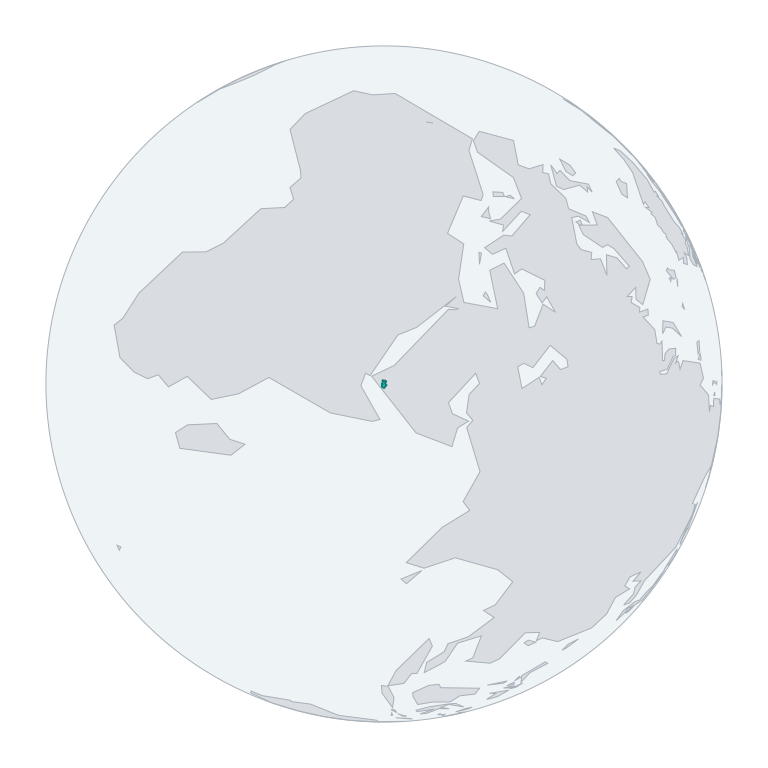 Al Bayda' on an orthographic globe, rotated 75°
{"feature_id": "YEM-333", "entity_name": "Al Bayda'", "entity_type": "Governorate", "adm_level": 1, "iso_a3": "YEM", "parent_name": "Yemen", "parent_adm1": "", "projection": "orthographic", "projection_center": [45.347, 14.319], "detail": "fine", "context": "on_globe", "style": "filled", "palette": "teal", "viewbox_px": 768, "rotation_deg": 75, "n_neighbors": 0, "source": "natural_earth", "source_scale": "10m", "svg_char_len": 10081}
<svg xmlns="http://www.w3.org/2000/svg" viewBox="0 0 768 768"><g transform="rotate(75 384 384)"><circle cx="384" cy="384" r="338" fill="#eef3f6" stroke="#a8b0b8"/><path d="M315.4,53.1L314.9,53.2L311.0,54.1L315.4,53.1ZM293.2,58.5L296.1,57.7L285.3,60.9L278.7,62.9L279.0,62.8L293.2,58.5ZM247.6,74.8L235.7,80.4L225.6,85.5L220.1,88.5L226.8,85.4L205.0,97.8L185.7,112.0L180.5,115.7L175.6,118.1L178.5,115.8L200.4,100.3L223.5,86.6L247.6,74.8ZM162.3,129.0L162.4,128.9L157.1,133.6L162.3,129.0ZM46.3,396.7L47.6,407.2L52.1,428.8L54.8,448.9L56.6,466.5L63.7,491.6L56.8,468.4L51.6,444.8L48.1,420.9L46.3,396.7ZM460.9,55.0L459.9,54.8L457.9,54.3L460.9,55.0ZM330.0,50.4L326.8,51.0L325.1,51.3L321.1,52.0L330.0,50.4ZM322.1,51.8L324.4,51.6L318.6,52.8L316.4,52.9L322.1,51.8ZM299.0,58.2L302.3,57.0L307.4,55.9L299.0,58.2ZM325.7,51.5L327.7,51.1L330.1,50.7L330.4,50.9L325.7,51.5ZM352.4,47.6L350.4,47.8L358.9,47.0L358.0,47.2L347.4,48.1L351.6,47.8L351.3,47.9L343.0,48.7L352.3,47.6L352.4,47.6ZM337.9,50.1L324.1,52.3L316.9,54.4L312.2,55.3L324.6,51.8L337.9,50.1ZM341.6,49.1L338.2,49.8L334.0,50.2L333.7,50.0L341.6,49.1ZM361.1,47.2L365.3,46.6L367.4,46.5L361.1,47.2ZM336.6,50.6L339.9,50.1L336.6,50.7L336.6,50.6ZM354.5,48.0L355.7,47.6L358.1,47.5L354.5,48.0ZM345.6,49.7L341.2,50.2L340.9,49.9L345.6,49.7ZM350.4,48.8L353.4,48.7L343.4,49.5L350.5,48.6L350.4,48.8ZM356.6,47.9L358.4,47.7L355.8,48.1L356.6,47.9ZM349.5,51.0L336.9,52.1L336.2,51.2L348.5,50.1L349.5,51.0ZM567.4,100.2L557.4,94.0L520.1,74.7L534.9,81.7L530.1,79.5L534.5,81.9L545.0,87.5L547.2,88.5L556.6,98.1L579.1,116.9L581.1,114.6L589.8,119.8L617.1,144.4L641.4,183.3L653.2,194.8L658.9,203.3L659.5,209.7L651.3,197.3L645.3,194.1L640.6,186.7L638.9,194.5L632.0,184.4L634.0,196.3L641.3,203.7L645.4,199.8L650.1,215.7L663.7,228.5L673.3,246.5L677.8,282.9L670.2,296.9L671.4,303.2L664.2,297.9L660.9,312.0L679.4,343.6L681.1,353.9L672.8,376.6L671.5,369.1L652.4,355.0L653.4,380.1L668.0,397.0L673.2,419.8L664.0,414.9L658.2,395.1L651.4,389.4L650.0,367.9L638.1,338.1L628.5,346.4L626.2,333.8L608.4,310.8L592.9,322.1L570.3,360.2L572.3,392.9L562.3,408.7L537.4,364.6L528.3,333.9L518.1,338.0L493.5,313.9L447.5,315.4L442.1,307.6L433.2,311.8L416.1,304.4L408.3,291.6L397.4,292.7L418.7,326.6L430.4,325.6L441.8,311.9L445.4,324.2L462.1,334.6L439.6,365.7L373.3,393.9L368.8,369.4L328.6,302.5L330.9,295.1L330.8,294.3L330.4,292.8L324.7,304.6L318.4,291.7L337.8,338.0L340.2,357.9L372.3,395.3L368.8,399.1L379.7,406.8L417.2,397.1L417.0,405.3L398.1,443.2L347.9,493.5L355.8,527.0L354.2,554.8L325.7,572.1L331.0,593.0L316.7,599.6L317.7,611.0L307.7,622.3L290.1,632.2L257.2,629.4L252.9,619.2L233.0,597.5L204.4,544.5L210.3,521.8L206.4,502.7L182.8,457.5L187.8,434.3L182.1,423.4L169.9,424.0L163.5,410.9L156.4,409.4L113.8,408.9L102.4,390.0L92.9,337.5L101.8,320.1L106.3,298.0L170.1,235.1L180.3,241.5L226.7,239.2L231.9,242.7L222.9,258.8L254.9,283.7L269.4,270.7L301.9,284.8L325.9,285.7L340.7,254.7L301.6,252.4L298.3,236.8L332.5,225.6L367.3,229.3L367.1,223.5L348.1,209.7L359.1,199.9L341.9,204.2L346.6,210.3L336.0,213.6L331.0,208.4L335.1,204.8L325.5,201.8L308.5,221.1L311.5,229.4L284.4,231.2L286.8,245.6L278.4,251.6L271.2,229.8L274.2,222.3L258.3,198.9L252.7,206.7L267.3,229.8L261.4,227.5L253.9,240.0L254.9,228.8L240.4,203.1L218.0,205.6L184.2,233.7L172.2,234.6L164.6,226.6L182.3,195.9L207.1,197.6L213.7,188.3L213.2,173.6L220.8,175.9L223.7,170.6L233.5,171.2L251.8,160.3L262.5,160.3L274.1,145.4L281.1,143.8L272.2,152.7L271.8,159.6L298.8,161.5L305.3,158.7L310.7,149.3L317.4,151.7L319.1,142.5L336.8,140.5L316.7,135.7L322.5,126.3L335.5,120.0L333.8,116.5L312.6,126.9L307.3,132.0L308.6,137.5L291.3,152.8L281.1,154.7L285.6,136.8L271.5,138.1L281.2,124.9L332.6,102.6L351.8,99.8L374.3,113.5L367.3,118.6L355.8,115.8L362.4,126.5L363.8,121.7L369.4,124.2L376.3,117.1L380.7,118.6L379.9,109.7L386.0,110.9L386.3,116.4L401.7,108.4L415.5,109.8L416.9,107.4L414.5,104.4L433.6,108.9L433.8,107.0L427.6,104.7L424.0,99.7L425.0,93.0L431.6,94.9L432.1,97.5L443.0,106.6L443.4,114.3L446.1,114.5L447.4,108.4L434.1,97.1L432.8,92.7L440.2,97.3L437.4,95.2L438.9,93.7L446.4,94.2L438.8,89.1L445.7,73.3L461.0,73.9L466.8,78.9L478.6,73.4L494.9,76.8L489.2,74.3L491.0,71.4L485.9,70.2L483.2,68.9L485.5,63.7L491.0,64.8L485.5,61.9L482.6,60.9L478.1,59.8L472.2,57.8L497.2,65.6L521.4,75.3L544.9,86.8L567.4,100.2ZM144.5,269.1L141.8,275.5L144.5,269.1ZM402.0,250.4L424.1,251.9L417.7,232.4L425.6,231.7L420.5,225.7L417.1,231.0L405.1,215.0L415.8,209.7L414.9,201.7L407.4,201.0L389.6,213.5L406.7,235.9L400.1,243.8L402.0,250.4ZM163.0,129.9L154.6,137.5L160.0,132.3L157.1,134.3L164.9,126.8L178.3,117.2L170.8,122.5L163.0,129.9ZM229.9,144.2L231.7,147.8L225.7,153.3L212.2,156.0L220.8,147.7L229.9,144.2ZM235.7,151.9L243.9,134.8L252.6,133.3L246.3,136.9L251.2,137.6L242.5,143.6L242.7,160.0L237.5,166.2L215.5,166.2L225.6,162.4L223.2,158.7L235.7,151.9ZM249.5,102.7L253.2,97.8L267.3,100.6L262.2,105.1L248.5,107.3L246.3,103.5L249.5,102.7ZM272.4,65.3L272.9,65.0L275.4,64.1L277.1,63.8L272.4,65.3ZM263.1,68.5L261.6,69.2L268.8,66.8L273.3,65.3L289.3,60.0L302.5,56.1L311.8,54.0L314.8,53.6L313.1,54.2L307.6,55.2L309.1,55.4L299.9,57.3L300.1,57.7L272.9,66.7L272.1,66.5L257.2,73.2L249.2,75.6L259.1,70.9L241.8,78.4L247.6,75.2L236.1,80.7L259.1,70.1L261.9,68.9L263.1,68.5ZM344.9,63.5L339.3,62.1L340.8,67.1L331.6,67.3L332.3,67.9L324.2,69.7L315.7,73.3L312.0,73.0L310.3,74.6L304.9,76.2L301.3,78.5L293.4,79.0L288.4,82.0L287.5,80.6L280.9,85.8L282.3,82.3L275.5,84.8L277.7,86.9L244.1,89.1L229.0,94.3L215.6,101.1L219.8,95.5L235.0,86.1L254.7,76.9L268.7,73.4L268.1,72.0L274.6,70.1L272.4,72.0L279.7,68.1L284.4,67.2L302.0,61.9L309.6,58.1L316.2,56.5L315.6,57.6L322.6,55.4L326.0,56.6L330.8,55.7L338.9,56.6L335.0,60.1L340.7,58.9L347.1,60.1L344.9,63.5ZM351.5,51.2L348.9,54.2L342.6,56.1L331.1,54.0L326.2,54.6L318.6,54.3L327.9,51.9L329.3,52.1L332.7,51.8L328.4,52.6L334.4,51.7L336.5,52.2L341.7,51.8L339.4,52.7L351.5,51.2ZM240.1,237.1L244.5,238.3L252.0,238.3L247.4,246.6L240.1,237.1ZM229.7,219.7L234.1,219.1L231.2,229.8L226.6,229.0L229.7,219.7ZM238.9,210.1L234.5,218.2L234.2,213.4L238.9,210.1ZM276.5,152.0L281.4,151.3L281.0,153.5L277.2,156.7L276.5,152.0ZM347.5,82.0L345.3,80.0L347.4,79.3L349.3,74.2L356.3,74.2L357.9,77.3L347.5,82.0ZM332.7,259.8L324.4,265.4L321.4,262.3L324.8,260.9L332.7,259.8ZM282.8,256.0L293.1,260.8L281.4,258.2L282.8,256.0ZM355.5,81.1L355.4,78.9L359.0,80.4L355.5,81.1ZM361.5,74.0L366.0,75.2L357.3,73.7L361.5,74.0ZM473.4,680.3L476.1,682.8L470.7,683.5L473.4,680.3ZM413.2,550.3L393.3,597.8L377.0,598.0L372.6,584.4L378.9,555.7L397.5,547.3L406.2,533.9L413.2,550.3ZM703.7,461.6L706.1,461.4L705.8,463.0L703.7,461.6ZM701.4,458.1L704.7,456.6L700.3,461.7L701.4,458.1ZM705.9,456.1L709.2,451.2L710.7,447.9L710.0,451.3L705.9,456.1ZM698.9,459.5L682.1,465.9L674.6,464.5L677.1,458.3L689.3,455.4L698.9,459.5ZM676.5,458.4L664.0,446.6L641.5,406.3L649.7,405.1L672.1,427.1L670.8,432.2L678.4,442.3L676.5,458.4ZM703.8,419.4L702.3,434.3L693.8,436.8L689.6,436.2L686.7,418.8L688.3,408.7L692.1,407.6L702.6,370.4L707.1,376.3L704.8,391.4L708.2,402.4L703.8,419.4ZM574.0,395.8L582.7,414.0L576.8,418.0L574.0,395.8ZM703.9,346.2L701.6,362.1L702.7,341.8L703.9,346.2ZM702.7,327.9L704.4,334.7L701.4,328.8L702.7,327.9ZM674.1,312.6L670.3,315.7L668.8,310.9L672.7,304.2L674.1,312.6ZM680.6,262.2L686.1,276.0L687.3,281.0L682.9,273.3L680.6,262.2ZM415.2,84.3L404.8,90.8L401.9,96.9L407.6,101.9L395.1,98.2L399.5,88.8L415.2,84.3ZM441.3,74.1L436.2,70.7L441.3,71.1L443.1,71.9L441.3,74.1ZM436.2,72.8L424.7,71.0L423.7,68.5L433.0,70.3L436.2,72.8ZM389.9,74.3L386.3,76.0L383.5,74.6L389.9,74.3ZM662.8,575.0L648.0,592.5L646.1,592.0L653.5,582.2L665.3,556.3L666.6,556.1L674.3,537.6L692.1,514.0L706.9,478.1L708.8,476.6L715.1,451.5L715.1,451.4L708.7,477.7L700.2,503.3L689.6,528.2L677.1,552.1L662.8,575.0ZM709.4,459.1L713.8,445.5L715.0,443.3L709.4,459.1ZM720.8,411.0L720.8,410.9L720.9,405.0L721.5,399.1L720.7,396.4L721.8,390.4L721.7,397.3L720.8,411.0ZM717.8,414.0L717.5,417.9L716.9,415.7L717.8,414.0ZM718.8,410.7L720.1,412.6L718.5,414.2L718.8,410.7ZM710.2,404.5L711.2,412.8L714.5,404.9L711.9,414.9L713.2,428.3L712.0,434.5L711.0,419.7L709.0,437.0L707.4,437.6L707.5,423.8L709.6,405.5L711.1,397.4L716.6,390.5L710.2,404.5ZM719.2,399.7L718.6,389.8L718.9,382.4L719.6,387.2L719.2,399.7ZM715.3,366.5L711.8,356.2L710.1,362.3L712.0,342.7L715.3,355.7L715.3,366.5ZM710.0,341.8L708.6,347.2L709.1,336.2L710.0,341.8ZM707.4,343.6L705.6,335.6L707.5,335.6L707.4,343.6ZM711.0,341.4L708.7,327.3L711.0,334.9L711.0,341.4ZM700.7,317.9L707.5,328.9L701.3,326.2L694.1,300.1L696.2,298.2L700.7,317.9ZM668.1,210.0L663.7,203.5L663.6,201.1L666.7,206.1L668.1,210.0ZM659.3,189.7L662.2,198.4L663.7,206.7L666.4,209.0L672.6,221.0L664.9,211.5L659.0,197.4L659.0,193.3L652.7,184.0L648.8,176.8L639.9,166.1L636.2,161.0L644.2,169.8L659.3,189.7ZM636.0,161.7L619.1,143.5L621.8,144.6L626.2,148.8L632.8,156.5L630.9,155.3L636.0,161.7ZM615.8,139.7L613.8,138.8L584.7,116.0L579.3,111.7L602.9,128.1L602.3,128.3L608.9,134.2L615.8,139.7ZM463.6,55.6L460.2,54.8L462.9,55.4L463.6,55.6ZM480.4,68.4L477.3,66.8L480.6,67.1L480.4,68.4ZM470.5,62.8L469.0,63.5L467.9,61.9L470.5,62.8ZM466.0,65.6L467.0,63.4L469.9,66.7L466.0,65.6Z" fill="#d9dde1" stroke="#a8b0b8" stroke-width="1"/><path d="M382.1,381.1L382.4,381.1L382.5,381.2L382.6,381.3L382.7,381.5L382.7,382.0L382.8,382.2L382.8,382.4L382.8,382.5L382.9,382.8L383.0,382.9L383.5,382.8L383.5,382.7L383.9,382.7L384.0,382.5L384.4,382.4L384.6,382.4L384.9,382.4L385.0,382.4L384.9,382.1L385.0,382.0L385.3,381.8L385.9,381.8L386.0,381.9L386.1,382.0L386.0,382.3L386.0,382.5L386.3,382.6L386.5,382.7L386.8,383.6L386.9,383.8L387.1,383.9L387.4,384.0L387.6,384.1L387.8,384.2L387.8,384.3L387.8,384.5L388.0,384.7L387.9,385.2L387.7,385.5L387.4,385.9L386.5,386.7L386.2,386.8L385.9,386.9L385.7,386.9L385.4,386.7L385.2,386.6L384.4,386.5L384.4,386.0L384.3,385.7L384.2,385.7L383.8,385.9L383.7,386.0L383.4,386.1L383.0,386.1L383.0,385.9L382.9,385.6L382.4,385.2L382.2,384.8L382.1,384.7L381.9,384.6L381.6,384.6L381.4,384.6L381.2,384.7L380.9,384.7L380.8,384.8L380.7,384.8L380.4,384.9L380.2,384.8L380.1,384.7L380.1,384.4L379.9,384.2L380.0,383.9L380.4,383.6L380.6,383.4L380.7,382.5L380.8,381.9L381.3,381.4L381.6,381.4L381.8,381.3L382.1,381.1Z" fill="#14b8a6" stroke="#0f766e" stroke-width="1.5"/></g></svg>